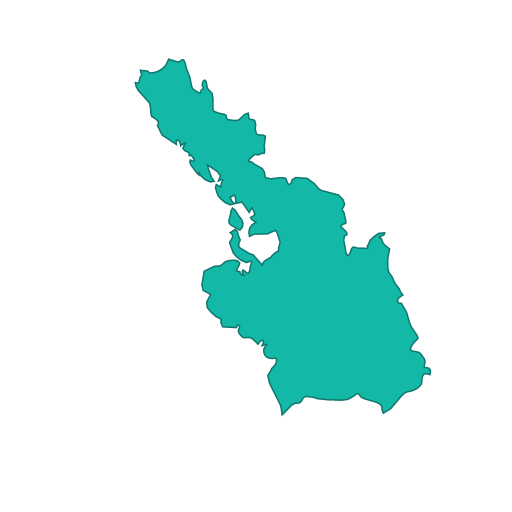 the Province of Holguín, rotated 221°
{"feature_id": "CUB-1367", "entity_name": "Holguín", "entity_type": "Province", "adm_level": 1, "iso_a3": "CUB", "parent_name": "Cuba", "parent_adm1": "", "projection": "robinson", "projection_center": [-75.695, 20.824], "detail": "fine", "context": "isolated", "style": "filled", "palette": "teal", "viewbox_px": 512, "rotation_deg": 221, "n_neighbors": 0, "source": "natural_earth", "source_scale": "10m", "svg_char_len": 6111}
<svg xmlns="http://www.w3.org/2000/svg" viewBox="0 0 512 512"><g transform="rotate(221 256 256)"><path d="M132.1,153.2L136.9,157.5L139.9,159.6L162.0,168.7L168.7,173.5L169.6,179.2L170.3,181.2L170.1,186.3L171.0,189.2L173.0,191.8L174.5,191.6L176.6,189.2L179.9,187.2L182.2,186.6L185.2,187.4L187.3,188.8L188.8,190.5L189.6,192.7L189.6,195.8L190.9,195.8L191.3,194.6L192.5,192.3L193.9,196.0L195.7,196.8L196.9,195.0L196.7,190.7L198.5,191.0L204.0,191.2L206.7,190.7L208.0,189.8L211.2,186.6L213.0,185.9L215.6,186.1L218.2,186.6L220.2,187.8L221.9,192.0L223.7,192.4L224.8,191.4L223.7,189.2L234.5,180.8L235.6,181.1L238.7,182.7L239.4,183.3L240.3,185.1L242.3,185.2L245.9,184.1L253.1,184.1L259.0,185.1L263.1,189.0L265.0,197.3L273.2,195.4L277.9,198.7L285.1,210.5L280.9,220.4L279.6,222.1L277.3,224.2L276.5,225.5L276.1,227.0L275.6,230.6L275.2,232.0L273.4,234.8L270.5,237.9L267.1,240.2L263.7,240.1L262.6,237.8L261.9,234.2L260.6,231.8L258.0,233.5L256.3,232.4L254.9,232.2L253.7,232.6L252.4,233.5L254.1,233.8L255.4,234.3L256.2,235.3L256.6,237.0L250.7,237.4L250.8,240.4L253.5,244.5L255.3,248.6L256.6,248.6L258.9,244.8L264.4,243.0L270.6,242.7L275.2,243.4L283.8,248.2L285.1,249.4L285.4,252.7L286.2,255.2L288.0,256.7L290.8,256.7L289.2,262.4L286.3,262.4L282.9,260.0L280.1,258.5L278.5,257.9L277.9,256.4L277.4,254.7L276.5,253.2L274.9,251.9L274.3,251.5L262.9,253.4L258.8,255.0L245.2,253.2L246.3,256.0L246.0,259.1L243.9,264.9L244.1,266.3L243.9,269.4L243.3,272.2L242.3,274.7L244.3,276.9L246.7,282.1L254.7,287.0L258.0,288.2L259.4,285.6L261.7,280.4L271.7,271.3L273.8,266.5L277.1,269.4L279.1,273.1L279.5,277.2L278.0,281.5L283.4,280.7L285.4,281.5L284.4,284.0L284.1,286.3L286.2,288.0L290.9,289.7L289.7,284.4L302.0,287.5L305.2,283.1L306.5,283.1L307.5,284.4L308.9,285.8L310.5,287.0L312.3,288.0L313.9,283.1L310.4,281.6L308.6,281.3L306.5,281.5L309.1,277.7L314.1,276.1L319.5,276.0L323.6,276.5L327.2,278.2L331.5,281.1L332.9,283.9L328.0,284.9L329.8,288.0L330.8,291.3L332.2,291.3L332.5,290.3L333.6,288.0L335.4,293.2L340.5,294.4L352.3,292.9L348.7,290.3L340.8,286.0L336.6,284.9L339.3,281.8L344.4,280.3L349.9,280.3L353.7,281.5L352.3,279.7L355.5,279.9L365.2,282.1L367.8,283.7L368.5,285.4L365.1,286.4L365.1,288.0L370.9,289.7L371.3,289.2L371.5,288.5L372.2,288.0L374.6,290.0L378.2,288.9L381.7,289.1L383.6,294.7L385.0,291.3L385.1,289.7L387.1,291.3L389.0,292.2L390.7,292.3L392.3,291.3L389.3,288.0L406.0,285.7L410.1,287.2L412.1,288.4L414.2,289.0L415.9,289.9L416.6,292.1L418.1,293.5L421.4,293.6L426.5,292.9L430.0,295.6L433.0,298.9L436.8,301.6L453.3,303.7L457.6,305.2L460.8,307.7L458.7,309.0L457.9,309.4L460.8,315.1L461.0,317.7L461.5,318.4L462.4,318.5L463.7,319.4L465.1,320.5L462.5,322.0L459.7,324.2L459.1,324.4L456.6,324.4L455.9,324.8L454.3,326.4L453.2,327.7L451.7,330.1L450.6,332.4L449.5,336.2L449.2,340.8L451.0,347.3L442.6,351.0L441.4,352.2L440.8,353.9L440.6,355.2L440.2,356.0L439.4,356.4L438.1,356.1L435.3,354.7L433.2,353.0L430.9,351.5L423.3,347.6L416.2,342.1L414.2,340.9L412.3,340.7L406.6,341.6L405.5,342.0L405.1,342.5L406.1,345.0L406.2,345.7L405.7,347.4L405.7,348.5L407.6,348.8L408.8,349.9L409.6,350.9L410.4,352.7L410.5,353.4L410.5,354.0L410.3,354.9L409.5,355.2L408.1,354.9L402.5,350.6L395.7,349.9L391.1,345.8L385.2,339.0L383.9,337.8L382.7,337.7L381.4,338.0L376.6,340.0L372.8,342.3L371.4,342.5L370.4,342.3L368.7,340.7L367.6,340.4L366.2,340.8L361.5,343.8L358.7,346.6L358.2,347.9L357.5,355.2L355.6,358.8L352.6,356.3L352.3,355.6L351.5,355.0L350.8,355.1L346.9,357.2L346.0,357.3L345.1,356.9L343.2,355.6L341.8,354.2L340.8,352.5L339.7,351.3L337.7,349.8L336.8,348.9L335.5,348.5L333.9,348.8L329.9,351.9L327.5,352.6L322.1,344.6L318.8,341.5L317.5,339.6L317.2,338.7L318.9,337.5L319.4,336.6L319.9,335.0L320.4,334.1L320.9,333.5L323.0,332.3L323.4,332.0L323.7,330.8L324.4,325.0L324.3,323.3L323.9,322.6L322.0,323.6L320.9,324.0L320.1,324.2L317.5,324.2L308.4,326.1L304.5,324.7L301.1,321.9L300.0,321.5L299.1,321.8L298.4,322.4L297.6,322.9L296.3,323.4L294.9,324.3L294.1,325.4L290.0,330.1L286.8,332.8L285.3,333.8L284.3,334.1L281.6,332.6L280.3,332.0L278.8,331.2L278.3,331.4L277.7,332.3L277.4,333.3L277.4,334.0L277.6,334.8L278.7,337.4L277.4,341.3L268.4,348.1L259.5,348.9L252.9,347.9L250.6,348.2L248.9,348.7L233.8,356.2L227.2,355.6L223.8,353.6L223.0,352.8L222.4,351.4L221.6,347.5L218.1,346.5L211.9,341.9L210.4,340.5L209.7,339.5L210.5,338.3L211.5,336.2L211.7,334.5L211.2,333.9L209.8,333.6L207.2,333.7L203.6,333.3L202.0,332.6L201.4,331.7L202.3,329.2L200.3,325.6L190.4,317.7L187.6,316.3L187.0,316.6L186.6,318.1L187.1,320.2L188.6,324.0L188.7,325.7L188.2,326.9L184.5,328.6L183.5,329.3L180.8,331.8L177.6,334.1L177.1,335.0L177.2,335.6L177.9,335.9L178.5,336.7L178.9,338.9L180.2,342.6L179.7,348.0L178.4,353.1L178.0,353.9L174.1,357.9L173.3,356.1L174.9,352.3L175.1,351.3L175.0,350.8L174.0,351.1L173.0,351.2L172.0,350.9L170.1,349.8L168.5,349.2L166.7,348.8L164.9,348.7L159.8,349.0L154.7,340.2L148.5,333.3L146.3,331.7L144.5,330.7L138.9,329.3L134.6,327.1L132.1,326.3L126.8,325.3L122.2,323.3L119.6,323.0L120.8,317.9L120.6,316.7L120.0,315.1L119.2,314.5L117.9,314.1L117.0,314.3L115.4,315.6L114.7,315.6L112.9,314.8L105.7,312.4L96.0,306.2L92.3,304.4L82.5,301.8L80.6,300.8L79.7,299.9L79.7,298.8L80.0,295.3L79.9,292.5L79.7,290.7L78.5,286.8L76.2,286.6L70.6,289.8L68.5,290.3L66.5,290.1L64.9,289.6L61.9,288.9L60.2,288.1L58.8,286.8L56.9,283.3L56.2,282.7L55.5,282.7L53.5,284.0L51.5,284.8L49.9,284.4L48.8,283.6L47.9,282.4L46.9,280.5L48.9,279.7L51.0,278.2L51.6,277.1L51.7,275.7L50.9,273.3L49.8,271.6L47.6,268.9L47.1,267.5L47.1,265.6L47.4,262.5L48.0,260.3L49.5,257.1L53.3,251.8L54.0,249.5L54.4,246.1L54.2,229.1L56.8,220.9L59.3,222.1L61.4,224.1L62.5,225.0L63.5,225.4L64.7,225.5L66.2,225.4L69.5,224.5L80.5,219.4L83.3,218.6L85.2,218.5L86.4,219.0L87.5,219.2L88.9,218.9L89.6,218.3L90.2,214.7L92.7,207.9L96.6,203.6L101.8,199.2L103.0,198.5L106.4,195.4L115.6,188.9L120.1,186.9L125.8,183.1L126.9,181.5L127.2,180.0L126.5,175.7L126.6,174.2L127.7,172.6L128.5,171.8L129.6,171.1L131.2,167.0L132.0,153.5L132.1,153.2ZM297.9,263.2L299.8,265.1L302.8,271.2L304.5,273.9L305.2,276.8L301.3,276.8L294.4,274.7L290.7,274.1L287.4,272.2L285.3,269.2L285.1,264.9L295.4,262.9L297.9,263.2Z" fill="#14b8a6" stroke="#0f766e" stroke-width="1.5"/></g></svg>